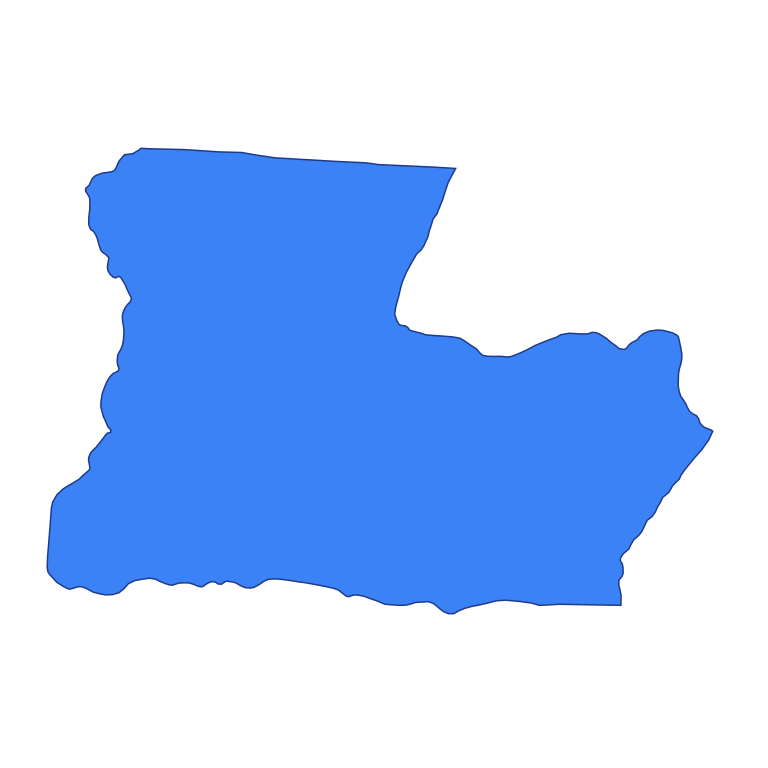 outline of Haut-Ntem, Wouleu-Ntem, Gabon, rotated 182°
{"feature_id": "22940354B67631152101375", "entity_name": "Haut-Ntem", "entity_type": "district", "adm_level": 2, "iso_a3": "GAB", "parent_name": "Gabon", "parent_adm1": "Wouleu-Ntem", "projection": "orthographic", "projection_center": [12.589, 1.764], "detail": "fine", "context": "isolated", "style": "filled", "palette": "blue", "viewbox_px": 768, "rotation_deg": 182, "n_neighbors": 0, "source": "geoboundaries", "source_scale": "gbopen_adm2", "svg_char_len": 4483}
<svg xmlns="http://www.w3.org/2000/svg" viewBox="0 0 768 768"><g transform="rotate(182 384 384)"><path d="M53.8,348.3L55.0,349.2L57.9,350.3L61.8,351.6L64.2,353.1L66.7,355.8L67.7,358.4L68.4,360.3L70.9,363.5L73.3,364.3L77.5,367.1L80.1,371.3L81.9,375.1L84.4,378.8L86.8,381.7L88.8,386.9L90.0,393.0L90.0,399.3L90.0,404.9L89.2,410.2L87.9,414.8L87.3,419.7L87.4,424.1L88.8,431.3L90.2,436.7L91.4,441.3L92.9,443.0L97.2,445.1L100.4,445.9L107.0,447.3L112.3,447.5L120.4,446.2L126.2,443.6L129.9,440.4L132.8,436.7L138.3,433.7L140.6,431.5L142.3,428.9L144.0,427.4L145.9,426.9L150.5,427.7L153.8,430.4L159.1,433.8L163.2,437.3L168.0,440.1L171.3,441.8L173.9,442.7L177.8,442.9L182.2,441.2L189.6,440.9L200.8,441.2L209.1,439.4L213.5,436.6L219.4,434.4L226.9,431.1L234.4,427.7L242.4,423.1L247.3,420.6L252.4,418.2L258.5,415.7L262.5,415.3L265.8,415.6L270.0,415.7L274.1,415.4L281.3,415.3L286.2,416.0L289.3,418.4L292.6,422.1L298.9,425.9L305.0,429.9L309.9,432.5L317.6,433.5L326.2,433.9L336.0,434.2L344.1,434.6L348.3,436.0L353.8,437.1L360.1,438.6L362.3,441.4L364.7,442.8L368.1,443.1L370.8,443.7L373.5,448.1L375.8,454.1L374.8,462.1L372.5,471.6L370.7,480.8L369.0,487.3L365.5,496.5L360.3,506.9L355.8,515.2L351.8,519.0L349.0,523.6L347.7,526.7L345.1,533.2L344.1,538.5L342.3,544.5L340.8,550.5L337.1,555.7L334.9,561.9L332.0,569.8L329.4,579.0L326.9,587.6L319.9,601.9L342.9,602.5L371.3,602.8L397.4,603.1L409.5,604.4L440.8,604.8L500.5,606.2L517.7,608.1L534.5,610.4L556.9,610.2L592.0,611.3L626.9,610.9L635.0,611.1L638.5,608.3L643.4,605.3L651.4,604.1L654.1,600.6L656.5,597.7L657.9,594.4L659.1,591.0L660.9,587.9L663.9,586.6L668.3,585.7L672.7,585.0L677.6,583.1L680.2,581.8L682.8,579.1L684.4,575.2L685.6,572.3L689.0,569.1L688.9,566.1L687.5,564.3L684.8,560.0L684.2,555.5L684.2,547.6L684.8,540.8L684.7,533.1L682.8,528.5L679.4,526.1L677.2,522.9L675.3,518.4L673.5,512.7L671.8,508.0L669.7,505.7L666.3,503.6L663.3,500.4L664.0,495.9L664.5,491.2L663.9,487.7L661.7,484.2L658.4,481.3L655.7,480.7L653.0,482.4L651.0,481.5L649.7,479.6L647.9,477.0L646.1,474.1L644.2,470.0L642.2,466.1L640.0,462.2L639.5,460.0L640.5,457.2L642.5,455.2L645.1,451.7L646.7,448.0L647.7,444.8L647.8,441.4L647.3,436.7L646.6,433.9L645.9,430.0L645.7,426.3L645.8,422.6L646.0,418.3L646.7,413.9L648.3,409.3L649.7,406.6L650.7,404.7L651.2,402.6L651.4,400.0L651.4,396.6L650.7,393.1L649.2,390.2L650.4,387.5L655.1,385.0L658.3,381.5L661.3,376.1L663.8,369.2L665.3,364.2L666.2,357.0L666.2,351.4L665.1,347.4L663.3,341.7L660.9,336.9L658.5,331.7L655.6,328.7L655.5,326.2L658.8,325.2L660.7,323.0L664.4,317.6L669.8,310.4L673.4,306.8L675.3,303.9L676.6,300.0L676.6,297.4L675.7,293.5L675.1,290.4L675.1,288.4L677.2,286.2L681.3,282.5L685.4,278.2L691.1,274.4L696.9,270.8L701.4,267.6L707.0,261.9L710.9,254.6L712.1,248.3L712.7,232.0L713.8,207.8L714.2,199.5L714.2,188.9L713.3,184.5L711.5,182.0L708.4,178.9L704.1,174.4L697.5,170.6L693.4,168.6L690.7,168.0L685.8,169.6L682.7,170.7L679.7,170.9L675.0,169.6L672.0,168.1L667.5,165.9L661.0,164.4L654.8,163.5L647.7,164.1L641.3,166.3L636.6,170.6L632.5,175.5L626.3,178.8L617.6,180.7L611.2,181.7L605.5,181.0L600.7,178.8L595.3,176.8L591.3,175.7L588.2,175.6L582.1,177.9L576.7,178.3L571.9,178.4L567.1,177.1L562.7,175.4L559.5,174.9L557.1,175.8L555.2,177.4L552.9,179.0L549.6,180.4L545.7,180.2L543.0,178.4L539.5,178.2L537.7,179.6L534.8,181.5L528.1,180.8L524.7,179.9L520.4,177.5L515.9,175.7L510.7,175.4L507.0,176.2L504.4,177.6L500.9,179.8L497.0,182.8L492.7,184.8L488.2,185.3L482.6,185.4L475.2,184.8L464.1,183.5L455.5,182.6L446.3,181.3L439.3,180.2L433.1,179.2L427.5,178.1L422.2,176.5L417.6,173.0L414.2,170.6L411.4,170.3L409.2,171.3L405.8,172.3L400.8,171.9L396.1,171.0L390.0,169.0L382.9,166.8L375.3,163.9L369.0,163.6L359.4,163.4L354.1,163.8L349.5,165.1L344.8,166.8L338.9,167.4L332.0,168.0L327.0,166.4L323.3,163.7L320.0,161.0L316.1,158.4L311.5,156.7L305.9,157.0L301.8,159.7L295.5,162.6L288.5,164.8L282.6,166.1L271.2,169.1L264.5,171.2L254.9,172.2L240.3,171.4L229.0,170.2L221.3,168.3L213.7,168.8L201.0,170.0L160.3,170.7L140.3,171.1L139.5,171.1L139.7,181.2L141.2,187.4L142.4,191.5L142.3,196.3L139.5,200.0L138.4,203.0L138.7,208.9L139.7,212.8L141.7,215.6L141.5,218.5L139.2,222.4L136.4,225.1L133.8,227.3L131.4,232.5L129.1,236.9L124.2,241.5L121.4,245.1L118.6,251.5L116.2,257.0L111.3,261.0L108.2,265.9L106.2,271.0L103.3,276.0L101.7,280.2L98.8,282.8L95.6,285.6L94.1,288.3L92.1,292.3L88.7,296.0L85.6,299.2L84.1,303.0L81.2,307.6L75.8,314.9L71.3,320.8L63.5,330.3L60.3,335.4L57.8,338.8L55.5,344.2L53.8,348.3L53.8,348.3Z" fill="#3b82f6" stroke="#1e3a8a" stroke-width="1.5"/></g></svg>